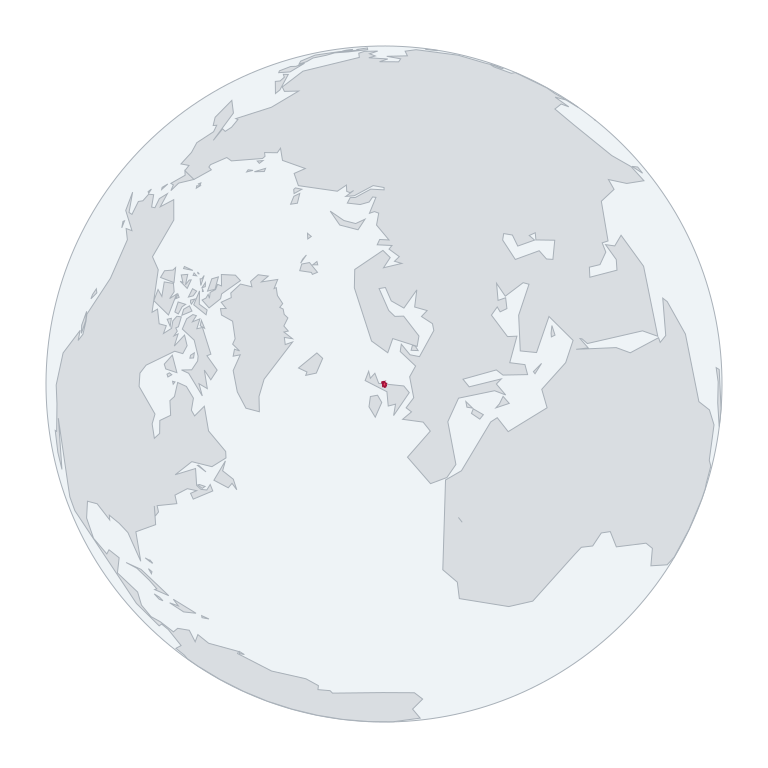 the Earth from above Northumberland, rotated 318°
{"feature_id": "GBR-2034", "entity_name": "Northumberland", "entity_type": "Unitary Single-Tier County", "adm_level": 1, "iso_a3": "GBR", "parent_name": "United Kingdom", "parent_adm1": "", "projection": "orthographic", "projection_center": [-2.071, 55.292], "detail": "fine", "context": "on_globe", "style": "filled", "palette": "rose", "viewbox_px": 768, "rotation_deg": 318, "n_neighbors": 0, "source": "natural_earth", "source_scale": "10m", "svg_char_len": 11570}
<svg xmlns="http://www.w3.org/2000/svg" viewBox="0 0 768 768"><g transform="rotate(318 384 384)"><circle cx="384" cy="384" r="338" fill="#eef3f6" stroke="#a8b0b8"/><path d="M57.0,469.3L54.0,456.4L54.2,452.0L52.5,441.2L58.2,442.6L59.4,422.1L58.1,413.6L55.1,413.3L53.2,381.4L56.2,361.3L69.5,271.3L75.0,257.7L81.6,247.7L119.1,191.5L87.5,232.0L95.8,216.7L108.6,198.5L109.0,200.2L127.8,179.8L139.7,165.4L166.3,146.2L194.2,140.8L185.8,147.0L193.5,145.6L204.6,137.9L209.9,133.3L251.4,122.4L289.8,105.1L296.4,95.9L299.3,101.4L308.2,82.2L325.6,73.2L309.3,85.9L310.2,89.3L323.6,84.0L327.4,86.5L336.1,85.5L339.5,89.2L329.7,97.0L331.7,99.7L341.1,95.9L350.4,97.6L336.3,102.6L351.1,106.3L337.5,121.5L297.1,134.5L292.7,148.0L259.6,175.5L265.8,176.8L257.2,188.8L261.2,195.0L253.9,198.9L263.4,200.5L269.3,195.8L275.4,195.1L278.3,198.5L269.5,203.9L266.8,203.0L265.7,206.4L260.1,207.7L264.5,209.0L253.5,215.5L268.5,214.2L263.3,223.8L254.8,226.8L250.4,219.6L219.8,210.8L209.9,212.6L200.4,221.9L193.7,253.1L185.0,258.5L177.0,270.7L184.2,270.6L193.0,261.1L204.5,264.5L213.8,253.1L219.9,253.1L231.7,244.8L235.5,253.6L232.9,267.0L223.3,274.6L221.9,281.0L235.6,280.3L222.2,301.5L221.2,328.2L217.1,333.2L200.8,330.3L189.2,313.1L168.1,311.7L187.4,320.7L176.9,334.0L177.5,339.9L181.4,344.2L187.6,342.4L185.2,348.9L165.2,341.9L167.1,335.8L173.4,337.9L167.8,330.2L154.3,326.7L150.0,334.3L134.0,322.6L130.8,328.2L125.5,329.1L131.7,320.9L120.2,335.7L100.7,327.8L84.6,353.0L94.3,323.0L94.0,310.3L92.1,297.7L89.2,301.5L90.7,281.1L85.2,272.7L73.3,284.6L64.9,304.3L64.3,324.8L68.7,323.2L70.9,335.9L59.5,346.0L61.7,373.7L55.8,386.1L55.2,400.9L58.7,411.1L61.7,427.3L67.2,427.5L74.5,436.7L71.2,449.2L78.0,445.7L80.2,459.3L97.0,485.5L94.8,486.3L108.4,522.1L128.7,550.8L133.4,564.3L130.4,566.9L138.7,575.8L138.9,579.3L176.6,612.5L200.0,633.8L201.9,644.0L187.7,644.7L187.3,656.5L165.1,641.3L165.6,641.9L146.5,624.4L128.8,605.5L112.6,585.3L98.0,563.9L85.0,541.5L73.9,518.2L64.5,494.0L57.0,469.3ZM79.4,359.2L82.4,397.3L76.0,383.3L78.1,384.2L78.3,372.8L77.1,355.7L72.9,344.1L79.4,359.2ZM91.1,359.1L90.2,353.4L91.7,358.0L91.1,359.1ZM211.7,131.0L204.4,137.5L193.0,143.9L198.7,138.0L211.7,131.0ZM233.9,120.8L231.6,124.1L223.2,124.6L227.2,122.5L233.9,120.8ZM300.4,89.1L293.6,92.5L298.8,88.5L300.4,89.1ZM336.7,84.8L337.4,83.2L341.6,83.5L336.7,84.8ZM228.7,240.5L230.1,242.6L227.2,243.1L228.7,240.5ZM232.5,235.1L228.1,234.2L229.3,231.5L232.0,232.1L232.5,235.1ZM350.7,89.4L357.2,90.7L348.9,90.7L350.7,89.4ZM237.7,237.0L231.9,226.8L234.0,222.2L246.0,220.9L237.7,237.0ZM359.9,92.3L375.9,95.8L378.8,92.2L379.6,104.8L365.8,97.3L355.0,97.7L360.7,95.1L359.9,92.3ZM269.9,192.9L263.7,198.1L266.2,190.8L269.9,192.9ZM270.0,188.5L268.7,168.1L279.3,162.6L277.5,170.3L289.0,161.1L294.8,168.4L289.7,175.1L281.8,177.1L290.1,178.4L270.0,188.5ZM377.5,111.4L379.9,113.7L375.5,112.9L377.5,111.4ZM278.0,194.3L276.8,190.5L285.9,185.3L289.9,192.1L285.7,191.5L278.0,194.3ZM289.2,155.3L296.7,153.0L303.4,158.1L307.1,158.0L295.8,168.1L289.2,155.3ZM285.1,194.4L291.7,195.7L290.1,201.3L279.8,197.7L285.1,194.4ZM286.5,181.3L291.0,179.3L289.8,182.5L286.5,181.3ZM288.0,222.5L286.4,217.7L290.9,214.5L288.0,222.5ZM294.3,195.8L294.8,193.9L296.4,192.2L300.3,194.3L294.3,195.8ZM301.3,171.2L302.5,174.0L306.3,167.3L311.5,171.2L302.9,177.4L308.8,176.4L310.4,177.6L301.7,181.3L301.3,171.2ZM309.2,191.4L300.1,201.1L302.1,210.6L298.1,213.5L295.6,197.8L309.2,191.4ZM305.5,185.1L306.9,189.6L301.2,190.8L296.8,188.5L305.5,185.1ZM318.0,171.7L312.3,164.1L314.3,163.1L318.0,171.7ZM310.9,193.8L313.0,191.5L311.7,194.3L310.9,193.8ZM317.1,178.2L314.8,175.5L317.2,174.4L317.1,178.2ZM319.2,189.1L316.3,192.1L313.2,190.6L319.2,189.1ZM319.1,183.9L323.0,183.0L313.8,188.2L317.7,182.8L319.1,183.9ZM319.7,177.5L320.4,176.0L320.3,178.8L319.7,177.5ZM332.6,193.6L321.8,200.5L315.0,196.9L326.4,190.6L332.6,193.6ZM703.2,273.1L705.3,282.4L711.1,299.4L710.8,298.0L713.1,307.1L713.3,308.2L709.3,294.7L703.1,285.3L706.8,301.7L703.0,294.5L695.0,294.0L698.4,317.8L706.1,366.6L713.1,387.8L713.2,406.9L698.6,397.4L687.6,382.2L685.2,393.3L667.8,393.6L646.2,427.6L640.6,425.1L637.1,434.4L624.4,439.8L614.8,434.6L608.4,442.4L633.3,455.3L639.9,446.9L641.9,428.7L647.9,435.8L659.7,432.1L655.7,470.2L619.4,531.7L611.7,517.5L562.2,490.0L561.4,483.0L561.0,482.4L560.1,481.4L559.9,493.8L550.0,486.8L580.9,512.3L587.9,525.6L619.0,533.3L617.1,537.9L625.8,536.5L648.6,506.7L649.6,512.3L641.4,548.6L606.2,607.8L608.5,621.0L601.9,635.2L574.7,658.3L571.9,663.7L557.1,673.4L552.7,676.7L543.0,682.2L513.5,696.1L482.7,707.2L483.8,706.8L473.4,707.8L460.7,697.7L473.5,685.7L472.2,677.6L447.7,660.5L453.4,645.1L445.8,640.1L430.7,644.0L421.4,637.4L411.9,638.2L349.3,644.9L327.8,632.9L296.4,593.9L305.9,580.3L303.4,561.4L365.5,496.5L383.5,500.3L437.9,483.6L445.6,484.8L444.4,502.5L489.3,510.8L497.7,493.5L533.3,489.7L553.7,478.1L551.8,444.2L518.4,462.7L507.4,450.6L530.1,423.0L558.5,406.9L555.2,401.8L532.9,399.9L535.0,384.5L524.7,398.2L532.1,401.3L525.8,410.2L518.6,408.1L519.7,402.5L509.9,404.7L507.5,431.4L514.8,437.4L491.7,452.3L501.7,463.9L497.0,473.1L478.4,457.0L476.9,448.7L445.9,433.3L445.4,443.1L474.6,458.7L467.5,459.2L467.1,473.6L461.7,463.0L429.9,444.4L406.2,454.7L383.6,491.9L368.2,495.6L351.9,489.2L352.5,454.1L386.9,450.0L387.6,438.5L374.2,422.7L385.8,423.1L384.5,416.5L396.9,414.1L407.9,395.8L419.5,391.8L417.8,370.7L423.5,366.0L422.9,379.7L428.7,387.4L456.8,377.6L460.4,371.6L457.0,358.9L465.2,358.3L458.3,347.3L471.4,336.0L449.6,340.9L445.0,327.1L449.6,313.2L444.2,309.8L436.7,332.5L437.3,341.0L444.0,346.7L442.1,371.7L433.8,378.2L420.9,356.1L407.7,363.3L403.5,343.7L426.3,292.7L438.9,279.3L472.6,284.0L473.2,294.2L461.4,297.3L477.9,306.3L473.9,299.8L480.6,299.6L478.0,287.1L482.6,286.4L472.1,276.0L477.5,273.7L484.1,280.3L484.8,260.9L494.4,253.5L492.3,249.5L487.4,247.4L502.9,239.9L500.7,237.4L494.7,238.8L486.4,234.7L477.8,225.0L483.6,222.9L487.5,226.2L504.5,230.3L514.0,239.8L515.5,238.0L508.7,229.3L487.9,224.2L481.1,219.0L490.9,219.9L486.8,219.1L485.2,215.9L489.2,211.0L478.3,209.5L453.1,179.3L458.1,167.4L469.7,171.2L458.2,149.9L464.9,139.5L459.4,140.7L450.1,132.1L447.9,135.2L444.6,135.1L419.9,116.1L418.7,110.5L401.8,104.9L399.0,105.6L399.0,109.3L379.6,104.8L378.8,92.2L385.3,91.1L380.4,84.6L395.9,83.1L406.4,79.4L426.2,82.5L432.8,79.8L430.0,77.6L437.0,72.8L460.7,71.4L453.4,81.9L420.2,88.7L434.8,86.4L435.0,90.0L442.5,91.2L452.4,89.7L451.4,87.6L485.5,103.0L516.6,109.2L505.8,99.9L507.2,95.2L533.1,97.3L584.2,124.8L586.6,121.3L592.2,123.8L602.1,132.4L594.2,128.9L597.0,134.4L591.0,131.4L604.3,145.0L596.3,141.5L610.5,154.4L614.0,153.5L605.3,142.3L621.0,155.8L622.4,150.8L631.5,157.0L659.2,189.4L673.9,213.3L676.7,217.4L677.9,222.0L686.6,238.4L689.9,240.4L703.2,273.1ZM350.0,532.9L349.6,539.1L350.0,532.9ZM592.9,404.4L607.1,391.4L593.3,378.6L597.6,372.8L591.3,370.8L592.2,377.8L575.7,371.0L579.1,359.2L573.6,352.3L568.5,356.4L564.9,379.3L588.5,388.8L588.4,399.8L592.9,404.4ZM97.6,486.1L99.2,491.6L96.2,487.5L97.6,486.1ZM72.8,386.2L74.5,392.3L74.7,397.2L72.9,393.4L72.8,386.2ZM93.5,434.1L96.7,441.5L92.4,435.9L93.5,434.1ZM83.4,403.0L90.9,428.6L82.6,419.3L78.3,403.2L82.7,411.3L83.4,403.0ZM85.4,363.6L86.0,368.2L84.2,369.4L85.4,363.6ZM92.2,362.5L91.6,361.3L92.3,357.6L92.2,362.5ZM178.1,334.4L179.6,335.2L182.5,340.4L179.0,339.9L178.1,334.4ZM208.3,353.9L203.8,364.1L204.6,356.1L198.8,356.9L193.2,341.7L214.7,335.0L206.0,340.5L208.3,353.9ZM191.9,320.3L192.9,330.2L190.9,319.7L191.9,320.3ZM365.5,384.2L371.7,388.0L370.0,396.2L355.3,402.8L357.6,390.9L365.5,384.2ZM381.0,391.7L372.3,368.8L381.1,364.3L377.7,370.6L384.4,369.9L380.5,380.0L397.4,398.7L397.0,407.3L370.0,413.9L379.1,406.7L372.4,403.2L381.0,391.7ZM334.8,323.5L331.2,314.9L354.9,316.0L355.6,323.9L341.0,330.6L331.6,325.2L334.8,323.5ZM259.9,237.2L257.0,234.9L259.5,233.2L263.9,233.9L259.9,237.2ZM286.9,220.5L275.3,246.0L271.3,244.5L269.3,262.0L258.1,265.0L259.8,253.4L249.6,269.2L246.7,260.0L241.0,271.3L246.0,245.3L242.9,238.1L250.6,244.8L260.9,242.2L264.5,238.9L272.3,224.4L270.9,208.2L281.0,203.5L288.4,204.5L290.3,207.7L283.2,209.6L290.8,212.4L281.9,217.7L286.9,220.5ZM370.2,226.4L361.2,226.1L375.0,235.2L366.2,239.5L368.4,240.3L364.0,246.9L362.5,256.5L357.8,257.3L359.2,260.8L356.4,265.5L356.8,270.6L348.4,273.9L348.3,280.6L344.4,278.4L346.3,289.1L341.1,282.7L337.0,288.6L344.2,291.6L298.1,300.2L282.8,309.6L272.8,321.2L265.2,309.6L269.7,291.7L280.9,273.1L296.7,266.1L290.5,262.4L296.2,258.1L298.8,262.8L298.2,253.1L303.6,250.8L313.5,236.0L309.4,224.0L312.9,218.6L317.2,222.2L317.7,214.3L328.3,217.6L331.0,213.9L344.2,213.7L350.9,223.4L353.5,218.5L363.6,218.6L370.2,226.4ZM336.4,193.8L346.4,203.7L346.5,211.1L323.6,208.4L319.6,211.3L304.9,210.4L305.0,199.9L309.2,201.0L313.3,199.7L311.6,203.5L316.1,199.6L322.0,201.1L327.0,198.6L328.9,202.4L336.4,193.8ZM451.2,476.6L456.5,476.0L464.2,472.9L464.1,482.2L451.2,476.6ZM429.3,464.4L433.7,462.2L437.3,473.3L431.7,474.2L429.3,464.4ZM433.1,451.8L433.7,461.2L430.1,456.7L433.1,451.8ZM426.7,377.1L431.0,374.3L432.6,376.9L431.7,382.0L426.7,377.1ZM409.3,256.5L404.1,254.6L404.7,252.5L397.2,243.4L403.1,239.8L409.9,243.9L409.3,256.5ZM547.9,452.9L543.8,462.1L539.9,461.0L542.1,458.1L547.9,452.9ZM503.3,474.8L514.9,474.1L503.1,477.4L503.3,474.8ZM414.5,251.1L410.7,247.7L416.1,248.1L414.5,251.1ZM407.0,236.8L412.7,236.2L402.9,238.4L407.0,236.8ZM610.8,634.5L604.7,639.8L606.7,637.3L619.4,621.3L633.7,606.1L641.8,594.1L642.8,597.5L618.0,627.8L610.8,634.5ZM717.6,330.1L717.2,327.9L717.6,330.1ZM713.9,388.2L717.7,392.5L717.2,400.4L713.9,388.2ZM679.9,222.1L683.7,229.7L682.2,227.6L676.5,216.6L679.9,222.1ZM638.6,162.9L644.5,169.1L647.4,172.4L646.2,171.5L638.6,162.9ZM459.7,219.5L463.6,235.7L470.3,245.8L480.2,248.8L467.9,252.0L457.5,236.3L459.7,219.5ZM453.3,184.3L444.6,182.3L447.1,179.0L449.4,179.0L453.3,184.3ZM448.9,186.0L440.6,191.7L434.9,187.9L442.6,184.2L448.9,186.0ZM428.0,220.8L428.7,225.7L424.4,225.2L428.0,220.8ZM584.8,114.5L582.0,113.5L575.8,108.7L579.4,110.7L584.8,114.5ZM552.9,93.5L573.2,107.1L589.0,119.3L587.3,117.0L596.6,123.2L595.6,124.6L579.7,113.3L568.9,104.9L561.1,101.1L549.3,94.2L542.2,92.7L535.0,89.4L538.1,88.3L552.9,93.5ZM539.6,92.5L523.0,89.2L514.1,82.2L515.8,81.3L527.1,85.6L531.1,89.0L539.6,92.5ZM516.4,86.5L520.0,89.9L503.4,95.8L497.7,95.5L505.7,86.4L509.6,89.3L515.2,89.3L516.4,86.5ZM382.5,112.0L380.1,113.5L380.0,111.1L382.5,112.0ZM443.6,137.0L439.0,136.6L439.0,133.5L443.6,137.0ZM426.4,133.9L429.6,137.6L423.8,134.5L426.4,133.9ZM437.2,146.0L429.7,139.5L440.3,144.5L437.2,146.0Z" fill="#d9dde1" stroke="#a8b0b8" stroke-width="1"/><path d="M381.9,384.6L382.0,384.5L382.1,384.4L382.1,384.2L382.4,383.9L382.7,383.6L382.8,383.6L383.0,383.6L383.1,383.4L383.3,383.3L383.4,383.2L383.5,383.2L383.6,382.9L383.5,382.7L383.4,382.6L383.3,382.3L383.3,382.2L383.2,382.2L383.2,381.9L383.3,381.9L383.5,381.9L383.6,381.6L383.7,381.4L383.8,381.4L383.9,381.2L384.0,381.2L384.6,381.6L384.7,381.8L384.8,381.9L384.8,382.0L384.9,381.9L385.0,381.9L385.0,382.0L385.5,382.3L385.4,382.3L385.5,382.4L385.5,382.5L385.6,382.8L385.6,383.3L385.6,383.5L385.7,383.8L385.7,384.0L385.8,384.3L385.8,384.5L385.9,384.8L385.9,385.0L386.0,385.2L386.1,385.3L385.9,385.4L385.7,385.4L385.4,385.3L385.3,385.5L385.2,385.6L385.0,385.8L384.9,385.9L384.8,386.1L384.7,386.2L384.8,386.2L384.8,386.3L384.8,386.5L384.7,386.6L384.3,386.5L384.0,386.7L383.8,386.7L383.8,386.8L383.7,386.8L383.5,387.0L383.3,386.9L383.2,387.0L383.0,386.8L382.9,386.6L382.5,386.9L382.4,386.8L382.3,386.7L382.2,386.5L382.2,386.4L382.3,386.3L382.3,386.2L382.2,385.9L382.3,385.8L382.3,385.7L382.6,385.5L382.6,385.4L382.5,385.2L382.4,385.2L382.2,385.0L382.1,384.9L382.0,384.6L381.9,384.6Z" fill="#f43f5e" stroke="#9f1239" stroke-width="1.5"/></g></svg>